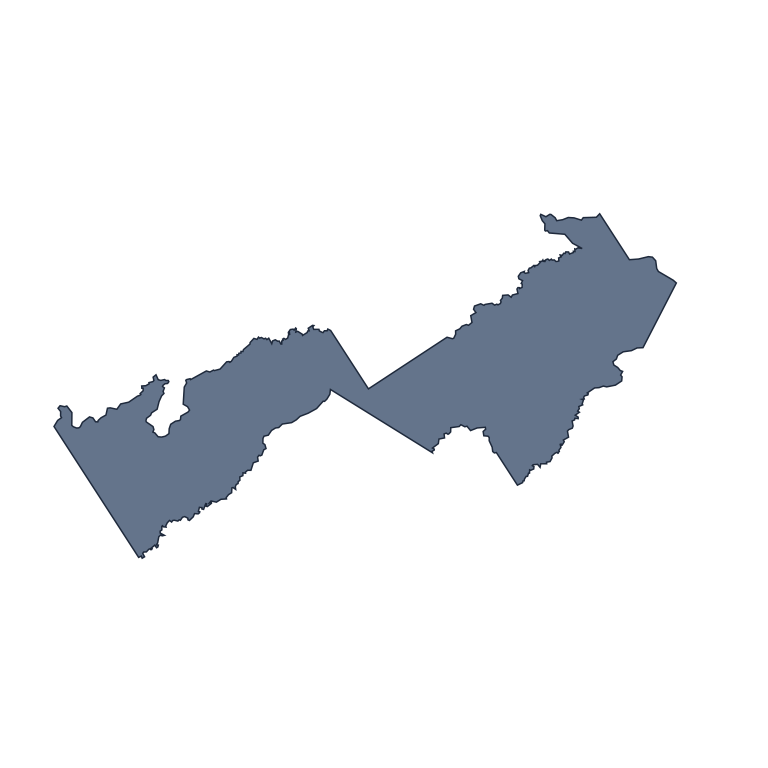 outline of Novo Aripuanã, Amazonas, Brazil, rotated 57°
{"feature_id": "56859067B78656810677763", "entity_name": "Novo Aripuanã", "entity_type": "district", "adm_level": 2, "iso_a3": "BRA", "parent_name": "Brazil", "parent_adm1": "Amazonas", "projection": "natural_earth1", "projection_center": [-60.525, -6.833], "detail": "fine", "context": "isolated", "style": "filled", "palette": "slate", "viewbox_px": 768, "rotation_deg": 57, "n_neighbors": 0, "source": "geoboundaries", "source_scale": "gbopen_adm2", "svg_char_len": 6163}
<svg xmlns="http://www.w3.org/2000/svg" viewBox="0 0 768 768"><g transform="rotate(57 384 384)"><path d="M239.9,683.9L395.8,684.2L396.1,681.3L398.4,681.7L398.5,678.9L394.7,678.6L394.0,677.2L395.4,674.7L394.5,671.3L394.9,669.4L395.8,669.9L396.3,669.1L395.8,668.1L394.9,668.5L394.3,664.1L397.5,663.9L397.5,662.4L396.2,661.0L395.0,662.5L394.0,660.4L389.4,656.0L389.0,653.7L390.5,652.8L391.3,650.6L387.1,652.9L385.5,651.9L385.4,649.8L382.4,647.9L382.2,647.0L383.6,646.8L385.3,644.7L384.2,644.4L382.4,641.4L381.6,638.2L384.1,637.3L383.4,635.6L384.0,634.1L386.7,631.5L386.4,629.7L387.4,629.0L386.0,625.6L386.7,623.3L389.7,621.6L391.1,622.4L392.5,621.5L391.5,616.3L389.5,613.5L391.7,610.6L391.5,608.8L390.8,608.1L389.8,609.1L386.9,606.0L388.5,604.0L389.6,604.8L390.9,603.6L387.2,598.6L387.7,598.1L389.6,599.8L390.6,598.9L390.1,593.7L389.1,593.2L388.6,595.1L387.9,592.8L391.8,588.9L391.9,583.5L394.6,578.7L393.3,578.2L392.1,574.6L392.2,571.0L388.3,568.2L388.6,567.0L391.6,565.8L389.1,564.6L387.8,562.6L388.0,560.6L386.5,559.5L386.3,557.3L383.4,555.6L384.0,552.3L381.7,550.6L383.4,548.7L382.4,548.1L382.1,545.4L383.9,542.6L378.9,536.5L380.1,531.5L376.4,529.8L375.7,527.6L376.8,527.0L377.1,525.2L373.7,520.7L373.9,518.1L370.0,516.9L367.6,517.8L363.8,515.2L362.4,513.1L363.9,508.9L361.7,503.6L361.8,498.9L363.2,496.0L362.2,491.1L366.1,482.5L366.3,477.0L365.4,472.0L367.2,463.5L367.9,453.9L365.3,444.4L366.2,443.3L365.6,440.2L363.1,435.0L359.4,431.9L468.1,380.8L466.6,380.4L466.8,378.0L466.0,377.3L464.1,378.2L463.6,370.9L460.1,367.9L462.2,362.6L458.6,360.8L459.1,358.6L461.0,357.7L461.1,356.5L460.5,354.2L457.0,351.8L460.6,344.1L460.0,341.7L463.9,339.5L464.6,337.4L470.2,336.8L471.6,329.8L475.5,322.6L477.3,323.4L477.8,326.7L481.8,328.5L484.4,325.2L486.2,324.9L488.9,326.7L495.9,327.7L499.8,329.6L501.9,329.0L502.7,327.1L541.5,327.2L542.2,321.5L541.0,320.2L541.5,319.2L540.1,317.8L538.9,315.0L539.6,313.9L537.5,311.4L538.0,310.5L535.3,308.6L536.3,307.9L536.8,304.7L534.9,303.2L533.3,304.1L532.9,302.9L535.0,299.0L538.9,298.5L536.3,296.0L539.5,291.0L538.1,290.3L539.5,287.0L537.5,283.3L535.9,282.6L535.2,278.5L535.5,276.1L537.4,275.7L536.4,275.5L536.1,273.7L534.8,273.4L533.6,270.2L530.6,269.1L530.8,268.3L532.1,269.0L532.3,267.9L530.6,264.3L528.7,264.1L529.1,258.2L523.4,255.8L522.9,254.0L523.6,250.1L522.2,248.3L517.5,246.4L517.9,243.7L516.7,242.6L518.8,240.0L517.5,239.2L514.3,240.6L514.1,235.5L512.2,236.4L511.1,233.7L509.0,232.9L509.7,228.7L508.6,228.6L505.9,225.3L504.7,226.2L505.6,224.2L503.9,223.8L503.2,222.4L504.2,219.0L503.4,218.0L502.2,218.4L502.0,209.5L504.2,205.6L505.2,201.2L507.7,198.8L511.0,190.5L510.9,183.0L507.6,180.4L505.4,180.7L503.4,177.0L501.4,178.5L497.4,179.0L493.3,180.9L490.0,179.9L489.6,175.5L487.2,172.4L487.3,165.8L490.8,158.3L491.6,152.1L494.6,147.0L458.5,83.8L454.5,84.9L439.1,92.6L435.7,92.4L428.6,89.0L423.8,89.8L421.2,92.9L417.8,102.5L413.4,110.5L358.7,110.4L359.8,115.1L353.0,126.3L354.1,129.2L348.2,134.1L344.7,138.8L343.5,144.7L341.1,150.2L337.8,149.9L332.8,151.6L332.0,152.5L331.9,157.1L327.1,160.1L327.9,161.3L333.2,162.3L337.3,161.8L342.5,165.4L343.6,165.3L344.4,163.4L347.4,163.1L356.9,150.8L368.7,149.2L378.3,144.0L375.4,147.3L375.4,149.8L374.6,150.4L376.9,151.7L375.8,152.9L376.9,153.6L376.0,157.6L373.8,157.3L372.2,159.6L373.2,161.0L372.2,162.1L373.2,164.4L371.7,166.0L373.3,166.4L374.0,165.5L373.4,168.9L376.0,170.3L375.8,171.3L374.9,173.1L372.7,173.6L371.7,175.5L370.4,175.6L370.4,178.0L368.4,178.5L367.9,180.4L369.2,182.9L368.0,182.1L367.9,183.5L366.5,183.2L367.1,184.6L366.2,186.6L367.0,186.5L368.0,190.6L367.0,192.7L367.6,193.6L366.2,193.7L366.6,197.6L366.0,199.0L367.2,201.3L369.4,202.0L368.2,205.1L366.7,205.8L366.0,205.0L365.2,208.8L366.8,212.7L369.2,213.6L372.8,211.5L374.4,214.2L375.6,213.7L378.2,215.6L377.8,218.2L377.0,217.9L376.1,219.2L376.8,220.8L381.1,222.4L379.3,227.8L380.5,230.1L376.9,231.4L374.3,236.2L376.5,238.1L377.3,240.8L378.9,241.1L379.9,242.6L379.7,245.3L378.5,245.9L378.1,248.3L375.1,249.4L372.3,255.9L372.5,257.3L369.4,259.2L367.9,265.6L370.1,268.2L374.2,268.0L373.9,274.0L380.3,276.7L380.8,281.2L379.0,282.5L378.0,287.1L379.0,290.4L378.4,295.0L381.3,296.8L383.6,300.6L383.3,301.9L379.1,305.7L379.6,399.7L310.1,399.6L307.3,401.2L308.4,402.7L306.9,405.0L307.7,407.1L307.1,407.7L304.3,409.3L302.7,408.8L299.9,413.2L297.3,412.6L296.8,411.0L295.9,412.0L296.0,417.2L298.6,417.8L298.0,419.1L299.0,420.4L298.9,425.8L297.8,425.4L292.8,427.7L292.4,429.7L289.9,427.4L288.9,427.6L289.8,430.0L288.5,430.3L287.3,432.9L288.6,436.1L289.5,436.5L289.1,435.2L291.0,436.1L290.8,437.3L293.0,439.8L293.0,442.2L291.2,443.1L291.2,444.6L292.3,444.7L292.3,446.4L294.8,448.0L294.4,448.7L290.9,448.5L290.3,449.8L287.7,451.1L287.2,454.0L289.1,456.2L282.8,455.7L283.0,458.0L281.1,458.4L280.8,460.1L278.2,461.5L277.8,463.3L276.3,463.7L277.4,466.2L274.9,468.3L276.3,473.7L277.5,474.6L278.6,483.1L279.9,484.6L278.8,486.2L280.1,487.1L279.2,489.0L280.4,490.2L279.4,491.3L280.6,492.1L279.9,495.4L281.9,499.8L281.5,501.2L282.5,501.4L280.7,501.8L279.7,503.9L282.2,513.4L280.4,518.9L279.5,519.4L279.1,523.5L276.3,525.9L275.0,543.8L274.0,543.7L272.8,547.0L272.9,548.2L275.7,549.0L277.8,553.2L291.6,563.4L296.0,561.1L300.0,561.3L300.8,563.7L300.3,571.9L303.0,574.1L303.2,575.4L301.6,579.2L301.6,584.8L304.5,588.5L308.5,591.4L308.7,595.7L307.4,599.4L305.2,602.2L300.3,602.8L298.4,604.0L296.9,601.8L293.9,600.9L286.4,604.0L285.2,603.7L283.4,601.8L283.1,596.8L281.6,594.6L281.6,588.0L276.2,582.2L272.8,576.9L272.1,573.7L269.9,573.3L267.7,570.3L265.5,571.1L264.8,570.1L264.5,567.6L265.7,565.2L264.9,563.2L263.6,563.0L262.1,565.2L260.8,565.5L259.4,569.3L257.4,571.0L252.1,570.2L252.5,573.9L255.8,575.1L256.1,576.6L254.8,580.4L255.9,580.9L255.7,584.7L253.7,588.3L255.7,589.4L256.4,588.3L258.5,589.7L259.2,593.7L260.4,593.7L260.5,595.0L259.9,597.4L260.2,608.0L257.3,615.7L259.7,621.8L254.9,626.6L253.7,629.1L258.6,634.1L258.2,639.7L258.9,643.6L259.9,644.6L258.6,646.5L253.9,646.6L251.2,648.9L251.9,657.8L254.4,661.9L254.6,663.8L253.5,665.8L250.7,667.8L248.7,668.4L238.0,661.3L229.7,662.0L229.1,664.2L225.8,667.5L226.8,670.6L231.0,670.2L234.6,672.6L236.6,672.8L236.8,677.5L239.9,683.9Z" fill="#64748b" stroke="#1e293b" stroke-width="1.5"/></g></svg>